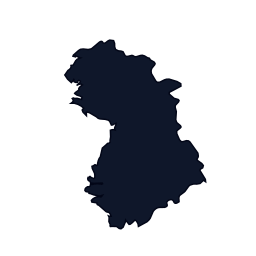 Côtes-d'Armor, Mercator projection, rotated 242°
{"feature_id": "FRA-5283", "entity_name": "Côtes-d'Armor", "entity_type": "Metropolitan department", "adm_level": 1, "iso_a3": "FRA", "parent_name": "France", "parent_adm1": "", "projection": "mercator", "projection_center": [-2.816, 48.456], "detail": "fine", "context": "isolated", "style": "filled", "palette": "ink", "viewbox_px": 256, "rotation_deg": 242, "n_neighbors": 0, "source": "natural_earth", "source_scale": "10m", "svg_char_len": 3739}
<svg xmlns="http://www.w3.org/2000/svg" viewBox="0 0 256 256"><g transform="rotate(242 128 128)"><path d="M36.2,91.0L38.8,91.9L41.9,91.8L43.5,91.0L42.4,87.3L42.0,84.8L42.4,83.7L47.9,82.7L46.4,81.7L42.7,77.1L42.3,74.5L43.4,73.1L46.4,71.7L48.7,67.6L49.3,66.2L50.0,66.2L51.0,67.0L54.3,67.2L58.0,69.4L59.5,69.5L58.9,70.0L58.6,70.5L58.4,71.0L58.0,71.7L60.5,71.9L61.8,71.8L62.7,71.2L63.8,69.9L64.5,69.4L73.5,66.0L74.7,65.0L75.5,65.0L76.5,65.3L79.6,61.3L81.3,61.7L82.0,64.1L82.0,67.2L81.2,70.1L79.8,71.7L79.9,72.5L80.1,72.9L80.6,73.9L81.0,71.9L81.8,70.4L85.0,66.4L87.6,64.1L88.6,62.9L89.7,63.4L91.6,61.0L93.0,60.6L94.3,61.5L95.0,63.0L95.1,64.7L94.4,66.2L94.4,67.2L95.8,68.4L95.0,69.7L93.6,73.9L93.0,75.2L90.7,78.2L90.7,79.4L91.5,79.4L95.0,72.2L97.0,69.1L98.8,69.5L99.8,68.6L100.9,68.3L102.1,68.6L103.1,69.5L102.3,70.6L102.7,70.8L103.0,70.8L103.1,71.0L103.1,71.7L102.1,72.0L101.3,72.5L99.5,73.9L99.5,74.9L100.9,76.1L103.6,77.2L109.0,77.5L111.1,78.2L110.9,79.6L111.0,80.5L111.1,81.6L110.1,82.5L109.6,82.7L109.6,83.7L111.2,84.7L113.1,86.4L114.7,88.3L115.4,89.9L122.3,95.9L123.4,100.7L123.8,102.0L124.0,102.8L123.7,103.5L123.5,104.3L123.8,105.4L124.4,105.8L125.7,106.5L128.3,108.5L134.3,111.4L134.0,112.9L133.6,114.0L133.0,114.9L132.2,115.7L133.4,115.8L134.4,116.3L135.3,117.3L136.2,118.5L137.7,119.7L138.0,118.2L137.9,115.9L138.4,114.7L142.6,115.0L144.3,114.2L146.4,111.9L148.9,108.0L149.7,107.0L150.8,106.1L152.7,105.4L159.8,101.0L161.3,99.3L161.3,98.2L160.4,98.1L158.4,97.1L163.1,95.7L165.4,96.0L166.3,98.2L169.1,97.1L172.3,95.0L175.1,92.2L176.6,89.3L176.9,91.2L177.7,92.4L178.8,92.8L180.2,92.6L180.2,93.8L179.4,94.5L178.9,95.3L178.5,96.2L178.0,97.1L175.0,100.4L176.9,101.9L178.9,100.5L181.1,98.3L183.5,97.1L184.0,98.0L184.5,101.7L184.9,102.6L186.1,103.2L186.8,104.6L187.2,106.4L187.4,108.0L188.6,107.4L189.3,106.2L189.7,104.5L189.7,102.6L190.1,104.9L190.7,106.9L191.6,107.9L193.2,107.0L193.2,105.9L192.8,105.7L191.8,104.9L193.0,103.0L194.2,102.1L195.5,102.3L196.9,103.7L196.2,102.7L195.6,101.6L194.7,99.3L199.5,97.6L204.5,97.1L204.8,97.8L207.0,102.0L207.2,103.7L207.7,105.3L208.7,106.5L210.0,107.0L209.5,108.5L209.2,109.1L211.9,113.3L212.6,115.5L212.2,119.0L213.2,117.9L216.5,115.7L215.5,115.0L217.2,113.1L218.0,114.0L219.6,120.6L219.8,122.9L218.8,125.5L216.0,129.7L215.2,132.4L215.2,133.5L217.2,142.9L217.3,144.2L216.8,145.5L216.0,145.9L215.0,145.9L214.2,146.4L213.7,147.8L214.3,151.3L214.2,153.1L211.9,156.3L209.0,155.9L205.8,154.3L203.1,153.9L200.6,155.8L199.2,157.9L197.7,159.4L193.1,159.4L192.0,160.2L191.3,161.6L190.3,165.5L189.6,166.3L187.7,167.5L187.0,169.0L186.2,173.0L185.5,174.8L183.8,176.5L180.9,178.2L179.6,179.6L177.6,179.7L174.0,182.0L172.3,182.2L171.4,181.4L169.6,177.2L168.6,176.0L167.5,175.1L165.0,174.2L156.2,174.6L154.5,175.4L153.5,177.7L153.4,182.8L153.0,184.9L151.8,187.3L146.0,193.1L142.4,195.4L140.1,194.4L140.1,181.2L138.7,180.3L132.6,182.6L129.6,185.7L128.4,186.0L127.4,185.0L125.7,180.3L124.0,179.3L119.9,178.4L112.8,174.0L109.9,173.6L105.4,175.4L104.0,175.3L103.5,174.3L102.8,170.6L102.3,169.4L100.0,168.4L93.3,167.9L91.0,168.6L90.2,169.9L89.4,173.6L88.3,175.3L86.7,176.1L73.0,177.9L70.2,176.9L69.1,175.9L68.5,174.8L67.9,174.1L66.4,174.3L61.9,176.5L59.5,176.9L57.8,175.3L57.7,174.2L57.7,173.3L57.6,172.5L57.1,171.8L56.4,171.6L46.4,172.2L44.1,171.3L46.4,170.1L45.2,165.6L46.2,162.5L47.8,159.6L48.5,156.0L48.2,154.4L45.4,148.7L45.0,147.2L44.3,142.4L43.9,141.4L43.1,140.6L42.2,139.9L39.4,138.7L38.9,138.4L38.8,136.1L39.0,135.1L39.4,134.3L40.4,133.8L42.7,133.8L43.8,133.4L44.7,132.3L45.1,130.7L45.1,129.0L44.4,127.5L43.5,126.9L41.4,126.4L40.6,125.4L40.7,123.2L43.0,118.8L43.7,116.8L43.7,114.6L43.3,112.8L42.6,111.1L37.9,105.2L37.0,103.3L36.3,100.8L36.2,91.0Z" fill="#0f172a" stroke="#020617" stroke-width="1.5"/></g></svg>